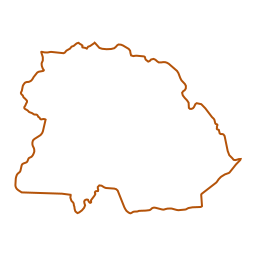 outline of Copperbelt
{"feature_id": "ZMB-517", "entity_name": "Copperbelt", "entity_type": "Province", "adm_level": 1, "iso_a3": "ZMB", "parent_name": "Zambia", "parent_adm1": "", "projection": "mercator", "projection_center": [27.632, -13.082], "detail": "fine", "context": "isolated", "style": "outline", "palette": "amber", "viewbox_px": 256, "rotation_deg": 0, "n_neighbors": 0, "source": "natural_earth", "source_scale": "10m", "svg_char_len": 4581}
<svg xmlns="http://www.w3.org/2000/svg" viewBox="0 0 256 256"><path d="M94.6,42.7L95.2,43.2L99.4,47.9L102.2,48.8L106.6,49.2L111.1,49.0L114.3,48.2L116.1,46.6L117.2,45.3L118.5,44.5L121.0,44.7L123.0,45.5L128.7,48.9L130.1,50.7L130.5,53.2L131.1,55.4L133.3,56.1L135.1,55.8L136.6,55.7L143.9,56.4L144.8,56.9L145.1,57.8L145.3,58.8L145.8,59.7L148.2,61.6L149.7,61.0L151.1,59.5L153.6,58.9L155.5,59.8L157.0,61.2L158.7,62.4L161.3,62.4L163.3,62.1L165.3,62.2L167.1,62.8L168.8,63.8L177.0,70.9L178.4,73.1L180.3,78.1L181.5,80.4L184.9,84.0L185.9,85.9L185.8,88.5L184.7,90.2L183.1,91.3L182.1,92.8L182.8,95.4L184.8,98.0L187.0,100.3L188.6,102.7L188.9,107.9L190.0,108.9L191.5,108.9L193.0,108.2L194.0,107.0L195.4,104.1L196.7,103.2L201.3,104.2L205.3,108.3L212.0,117.1L213.7,118.7L214.4,119.8L215.3,123.4L215.7,123.9L217.1,124.4L217.4,124.8L217.4,125.3L216.9,126.4L216.9,126.9L217.0,127.3L216.8,128.4L216.9,129.0L217.3,129.4L217.9,129.6L218.4,129.7L218.8,129.9L219.7,133.4L220.6,134.0L222.6,134.1L223.5,134.5L224.6,136.0L227.7,151.0L229.3,155.2L232.3,158.2L233.6,159.8L235.2,160.1L237.0,159.7L238.8,159.1L240.6,159.0L240.4,159.7L240.1,160.1L239.8,160.5L236.0,164.4L229.6,172.4L229.2,172.7L228.8,173.0L224.9,174.4L221.5,176.5L220.7,177.1L218.6,179.3L216.9,181.8L216.2,182.6L202.0,193.6L201.6,193.9L201.4,194.3L201.2,194.8L202.0,206.1L201.5,206.6L200.4,207.0L192.5,207.3L188.6,208.0L188.1,208.2L186.8,208.9L185.9,209.4L185.4,209.5L184.7,209.6L178.3,210.2L176.5,209.9L171.8,208.6L170.8,208.5L167.6,208.6L165.8,209.0L163.8,209.6L163.0,209.6L161.8,209.4L155.6,207.8L154.9,207.7L154.0,207.6L152.8,207.9L152.1,208.2L151.6,208.6L151.3,209.0L150.9,209.3L150.1,209.9L149.6,210.1L149.1,210.2L145.6,210.6L140.1,210.8L138.9,210.9L138.1,211.2L137.7,211.4L136.9,211.5L134.2,211.6L133.4,211.8L132.7,212.1L131.5,212.9L131.0,213.1L130.5,213.3L129.7,213.1L128.5,212.5L126.5,210.9L125.3,209.1L124.3,207.2L117.7,190.6L116.2,189.2L114.3,188.6L106.0,188.0L104.8,187.6L103.8,187.1L102.1,186.0L101.6,185.7L100.9,185.6L99.3,185.4L97.8,187.0L97.8,188.3L98.2,189.6L98.0,191.0L97.5,191.1L96.7,191.1L95.9,191.2L95.2,191.7L94.9,192.6L95.0,193.2L95.3,193.7L95.2,194.4L94.3,195.9L91.1,200.1L91.0,200.7L91.1,201.5L91.1,202.3L90.5,202.8L89.8,202.7L89.2,202.1L88.7,201.5L88.0,199.8L86.9,199.5L85.6,199.8L84.7,200.4L84.2,201.6L84.4,203.1L85.1,205.3L84.1,207.8L81.9,210.4L79.2,212.4L77.5,213.1L76.4,212.3L76.1,212.0L75.5,211.5L75.2,210.9L74.6,208.8L74.4,207.0L74.3,206.5L73.9,205.5L73.7,203.8L73.5,203.3L73.3,202.8L73.0,202.4L71.7,201.1L71.4,200.7L71.2,200.2L70.4,197.7L70.4,197.2L70.5,196.6L70.6,196.0L70.7,195.4L70.6,194.8L62.0,193.7L21.7,192.4L18.3,190.2L16.8,188.9L16.4,188.3L15.9,187.4L15.5,186.1L15.4,185.0L15.8,178.4L16.2,176.7L16.8,175.0L17.4,174.1L17.7,173.7L19.6,172.1L20.0,171.7L20.2,171.3L20.5,170.5L21.6,165.6L21.9,164.8L22.3,164.2L22.7,163.9L23.6,163.4L25.6,162.7L26.5,162.3L27.0,161.9L27.4,161.3L28.5,158.6L28.8,158.2L29.2,157.9L31.5,156.8L32.0,156.2L32.7,155.4L33.6,153.6L34.0,152.5L34.3,151.6L34.3,151.0L34.2,149.3L33.9,148.2L32.8,145.9L32.6,145.2L32.4,144.3L32.4,142.7L32.6,141.7L32.8,141.0L33.0,140.5L33.3,140.0L33.7,139.7L34.4,139.0L39.9,135.5L40.7,134.9L41.6,133.8L42.3,132.8L42.6,132.0L42.9,131.3L45.6,119.6L45.1,119.3L44.6,119.1L44.0,119.1L43.4,119.0L41.2,119.4L40.6,119.2L40.1,118.8L39.7,118.0L39.4,117.5L38.9,117.2L38.5,117.1L38.2,116.7L37.8,115.8L37.5,115.4L37.2,115.0L36.8,114.8L36.4,114.6L36.0,114.6L34.3,114.5L33.8,114.3L33.3,114.0L32.5,113.4L32.0,113.1L29.3,112.1L28.9,111.8L28.5,111.4L27.9,110.7L27.5,110.4L26.6,109.8L25.6,109.3L25.1,109.0L24.7,108.6L24.3,108.0L24.3,107.4L24.4,106.9L25.3,105.6L26.2,103.4L26.6,102.8L27.0,101.9L27.0,101.2L26.9,100.7L26.6,100.3L24.7,98.3L24.3,98.0L23.8,97.6L23.4,97.1L23.1,96.2L22.8,95.6L22.5,95.2L22.0,94.8L21.6,94.4L21.2,93.9L20.9,93.0L21.0,92.4L21.6,91.3L21.9,90.5L22.8,86.0L23.1,85.3L23.4,84.8L24.3,83.5L25.0,82.7L25.9,82.3L26.4,82.1L26.9,82.0L28.7,81.9L29.2,81.7L30.1,81.3L31.0,80.8L31.7,80.1L32.6,78.9L33.7,77.0L37.2,72.6L38.0,72.1L38.9,71.7L42.8,71.0L43.4,70.8L43.8,70.4L43.8,70.0L43.6,69.7L42.9,68.9L42.0,66.5L41.8,65.8L41.7,65.0L41.6,63.6L41.8,62.8L42.1,62.1L42.4,61.5L42.8,60.5L42.8,57.4L42.7,56.8L41.6,53.3L41.4,52.7L41.3,52.0L41.7,51.8L42.2,51.9L44.5,52.4L47.2,52.5L48.1,52.4L50.0,52.0L51.2,51.9L63.6,53.2L64.2,52.9L64.9,52.5L66.1,51.0L66.6,50.5L68.0,49.8L68.3,49.5L69.8,48.8L71.2,47.1L71.7,46.6L72.2,46.4L73.2,46.1L73.7,45.9L74.4,45.3L75.9,44.0L76.7,43.4L77.2,43.2L78.6,42.8L79.4,43.6L81.0,44.5L82.4,45.5L82.4,46.1L82.2,46.8L82.5,47.4L85.3,47.9L86.4,48.4L86.8,48.6L88.1,46.7L89.6,46.2L90.1,46.0L94.3,43.1L94.6,42.7Z" fill="none" stroke="#b45309" stroke-width="2"/></svg>